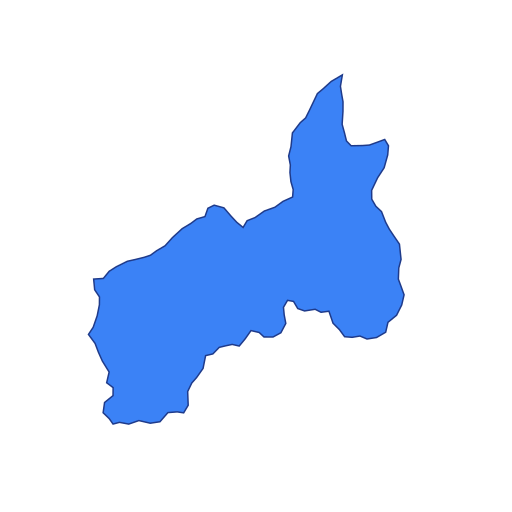 Ribeirão Pires, São Paulo, Brazil (Natural Earth projection), rotated 13°
{"feature_id": "56859067B19734921471154", "entity_name": "Ribeirão Pires", "entity_type": "district", "adm_level": 2, "iso_a3": "BRA", "parent_name": "Brazil", "parent_adm1": "São Paulo", "projection": "natural_earth1", "projection_center": [-46.402, -23.694], "detail": "fine", "context": "isolated", "style": "filled", "palette": "blue", "viewbox_px": 512, "rotation_deg": 13, "n_neighbors": 0, "source": "geoboundaries", "source_scale": "gbopen_adm2", "svg_char_len": 1781}
<svg xmlns="http://www.w3.org/2000/svg" viewBox="0 0 512 512"><g transform="rotate(13 256 256)"><path d="M103.0,315.0L106.4,325.2L112.7,331.1L114.4,338.8L114.7,350.0L113.4,362.1L110.4,370.1L118.9,377.4L124.1,385.2L129.9,392.9L139.0,402.1L139.0,413.1L146.4,416.4L148.1,424.2L141.4,432.8L142.3,443.1L149.6,447.5L154.5,451.9L160.4,448.8L169.8,448.4L178.9,442.7L190.6,442.7L199.7,439.1L205.4,428.4L214.3,425.6L220.8,425.1L223.5,416.7L219.9,403.4L222.0,394.2L225.5,387.7L229.7,377.4L229.3,364.4L236.0,361.1L240.7,353.3L246.7,350.3L252.7,347.5L259.9,347.5L264.1,339.1L267.9,329.8L276.3,329.8L282.0,333.1L290.8,331.1L297.5,325.2L300.2,315.0L296.7,307.0L294.3,299.8L296.7,292.1L302.8,291.8L308.5,297.8L315.7,298.6L325.6,294.6L332.0,296.2L339.5,293.4L346.2,304.2L353.9,309.0L360.5,314.7L368.0,313.6L375.3,310.6L382.8,311.9L391.8,308.3L399.5,301.1L399.5,290.9L406.3,282.1L409.0,270.9L409.0,260.5L404.3,253.2L399.9,246.5L397.8,235.5L398.1,226.7L393.1,212.2L385.4,205.1L379.8,199.8L374.7,193.9L368.3,184.5L361.6,180.6L356.0,174.6L353.9,166.0L356.9,152.4L361.0,141.2L361.6,127.9L360.3,118.8L355.2,113.5L347.9,118.3L341.5,122.4L335.0,124.4L323.9,127.2L318.3,123.6L314.6,116.3L310.3,108.3L308.2,95.5L306.1,86.2L303.2,79.4L300.1,71.7L299.4,60.1L290.0,69.0L283.7,78.1L279.3,83.9L277.7,91.1L275.2,102.4L273.3,110.3L269.2,116.0L263.8,127.9L265.5,141.6L265.3,151.2L269.0,159.6L270.3,167.0L273.3,175.7L277.3,182.9L278.4,190.3L270.0,196.7L263.5,204.2L254.0,210.3L246.4,218.8L239.4,223.6L237.0,231.1L229.7,227.5L222.6,222.7L213.9,216.3L203.8,215.9L198.4,220.3L197.4,229.1L190.0,233.2L185.3,238.8L177.9,246.0L170.5,256.8L165.1,266.5L158.0,273.2L153.0,279.0L147.4,282.4L139.3,286.5L131.8,290.1L122.4,297.8L116.4,303.9L112.3,312.2L103.0,315.0Z" fill="#3b82f6" stroke="#1e3a8a" stroke-width="1.5"/></g></svg>